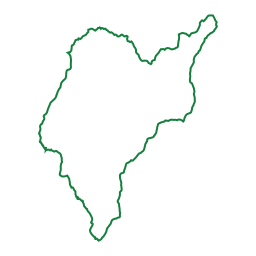 the district of Salento, Quindío, Colombia
{"feature_id": "7082276B37195114642514", "entity_name": "Salento", "entity_type": "district", "adm_level": 2, "iso_a3": "COL", "parent_name": "Colombia", "parent_adm1": "Quindío", "projection": "equal_earth", "projection_center": [-75.548, 4.594], "detail": "fine", "context": "isolated", "style": "outline", "palette": "green", "viewbox_px": 256, "rotation_deg": 0, "n_neighbors": 0, "source": "geoboundaries", "source_scale": "gbopen_adm2", "svg_char_len": 5645}
<svg xmlns="http://www.w3.org/2000/svg" viewBox="0 0 256 256"><path d="M39.1,133.2L39.5,133.5L39.3,134.0L39.4,134.3L39.7,134.6L40.0,135.7L40.2,136.0L40.2,136.4L40.5,136.6L40.5,137.1L40.7,137.5L40.8,138.0L40.4,139.3L40.3,140.8L39.8,141.5L40.0,142.1L40.5,142.2L41.0,142.5L40.9,142.9L41.2,143.3L41.6,143.5L42.0,144.2L41.9,144.4L42.4,145.2L42.5,145.1L43.2,145.5L43.7,147.4L44.2,147.9L45.1,148.3L45.1,148.9L45.3,148.9L45.2,148.6L45.6,148.3L45.7,147.9L45.9,147.9L45.7,150.3L46.0,149.9L46.8,150.0L47.9,149.6L48.9,149.7L49.9,150.3L50.2,150.4L50.7,150.2L51.1,149.7L51.5,150.3L52.1,150.5L54.3,151.6L55.1,151.2L56.0,151.0L56.6,151.1L57.2,151.5L57.7,152.1L58.5,152.5L60.1,153.6L60.6,154.3L61.1,155.6L61.2,156.6L61.8,158.1L61.7,160.5L62.0,161.5L62.0,162.1L61.3,163.3L60.9,164.7L60.7,166.5L60.8,169.7L59.8,173.6L59.8,174.9L61.4,176.1L62.3,176.5L64.8,176.4L67.3,175.6L69.2,178.9L69.7,182.0L69.9,183.2L70.0,184.5L70.3,185.5L71.0,186.5L71.5,187.7L72.6,187.4L73.0,187.6L74.2,190.0L74.8,190.8L75.4,191.3L75.5,194.2L76.3,196.8L77.2,196.8L78.3,197.6L78.3,198.1L77.3,198.4L77.3,198.7L77.8,199.0L79.8,199.1L80.3,199.4L81.1,200.4L81.7,200.7L82.4,200.6L82.7,200.8L82.9,201.2L82.8,201.3L82.4,201.0L82.2,201.2L83.2,202.8L83.7,203.9L84.2,206.4L85.3,207.2L85.5,207.5L85.8,208.4L87.0,208.9L87.4,210.3L87.7,211.0L89.5,213.0L90.3,214.3L91.8,217.5L92.1,218.6L92.2,219.9L91.1,222.4L91.4,223.0L92.3,223.3L92.8,224.1L92.1,225.9L90.9,228.0L90.0,230.0L90.2,231.7L91.3,233.7L92.8,235.5L93.5,236.1L93.9,236.7L94.9,237.0L95.1,237.6L95.2,238.8L95.4,239.0L95.7,239.0L96.4,238.6L97.2,238.9L97.5,239.1L97.8,239.9L98.3,240.2L98.6,240.6L100.7,239.6L101.3,239.0L102.3,237.4L102.9,237.0L103.8,236.0L105.4,233.5L106.3,231.6L107.0,228.6L110.7,223.7L111.7,220.8L112.4,219.8L114.9,218.7L115.9,218.7L117.4,217.8L119.4,217.3L119.9,216.8L119.9,214.1L120.1,212.7L119.7,211.3L119.6,208.6L119.1,205.6L119.1,204.2L118.9,203.6L117.8,202.1L117.7,201.4L117.9,200.3L119.0,198.4L119.9,195.2L119.9,192.2L120.6,191.3L121.2,190.9L121.7,189.7L121.4,186.5L121.1,185.1L121.3,183.7L121.3,182.8L120.1,178.4L119.9,175.7L120.1,174.7L120.8,173.7L122.1,173.0L123.3,172.7L123.9,172.3L124.2,170.3L125.0,168.3L126.0,164.6L126.5,163.5L127.4,162.9L128.3,162.7L129.6,161.7L130.3,161.4L131.2,160.2L132.0,160.6L132.8,160.6L135.6,157.8L138.9,153.6L141.0,152.8L141.4,152.2L142.9,151.2L143.6,150.4L144.3,148.7L145.4,144.0L145.9,143.2L146.4,142.0L147.1,141.5L147.2,139.6L147.5,139.0L149.0,138.2L150.5,138.0L153.3,137.1L153.7,136.6L154.0,135.8L154.5,135.4L155.9,133.3L156.5,131.7L156.6,130.3L157.1,128.6L157.2,127.2L158.2,124.0L159.0,123.4L161.9,122.1L164.5,121.5L165.3,120.5L168.5,120.9L169.8,120.1L171.1,119.7L172.0,119.7L173.1,119.9L175.8,119.8L177.1,120.3L178.2,119.6L180.3,119.6L181.5,120.1L183.2,121.5L183.8,120.8L184.7,117.6L185.7,115.6L186.2,114.9L187.0,114.2L190.6,112.7L191.0,112.4L191.9,109.6L192.2,107.6L192.5,106.8L193.5,105.2L193.6,104.4L194.7,102.2L194.8,101.3L194.8,99.8L194.6,96.9L193.8,94.2L194.5,91.3L194.1,89.8L194.0,88.7L192.2,83.9L191.7,83.2L190.3,82.3L190.0,81.2L189.9,80.1L190.0,78.4L190.3,76.5L190.0,73.4L190.5,71.0L190.6,68.3L193.8,62.5L193.8,59.3L194.5,56.9L196.7,54.0L198.0,53.1L198.9,51.0L199.8,50.4L200.1,50.1L201.4,45.9L202.8,43.6L204.2,41.7L204.4,41.0L204.8,38.9L205.1,38.4L205.6,38.1L206.4,38.0L206.7,37.2L207.8,35.5L209.2,34.5L210.5,33.2L211.8,32.8L214.2,30.9L214.2,30.4L214.4,30.1L216.0,28.0L216.9,26.3L216.2,25.4L216.1,24.4L216.2,23.5L216.7,22.3L215.4,20.5L214.3,18.0L212.9,15.5L210.4,15.4L208.6,15.6L208.1,15.9L205.3,19.5L203.7,21.2L202.5,20.4L202.0,20.4L201.7,20.6L200.0,22.6L199.8,23.4L199.9,25.1L198.8,27.9L197.2,31.1L195.6,32.3L191.3,33.4L189.3,36.3L189.0,36.2L188.5,35.4L187.5,35.0L186.2,33.8L183.3,33.1L182.3,33.0L181.6,33.2L178.8,34.4L179.1,36.9L179.1,38.6L178.4,41.9L178.3,43.6L178.0,44.8L178.0,46.2L177.7,46.9L177.1,47.5L176.0,47.8L174.9,48.7L173.8,48.8L172.1,49.4L171.3,49.3L169.2,48.3L167.5,48.0L166.0,48.5L164.7,49.8L163.9,49.2L163.2,49.0L162.0,49.3L161.1,49.1L159.9,50.6L159.1,52.2L155.8,56.0L155.1,57.9L154.7,60.0L153.3,60.3L152.3,60.8L151.8,61.7L151.5,63.6L150.9,64.1L148.6,63.0L147.4,61.2L146.9,60.9L145.2,60.6L142.2,60.9L141.5,60.5L140.4,59.3L139.1,56.8L138.6,54.9L136.5,53.0L136.1,52.3L136.0,49.9L135.7,49.0L135.2,48.0L134.2,46.7L133.8,45.8L133.0,43.8L131.6,41.6L131.4,41.4L130.7,41.9L130.0,42.0L129.5,41.8L129.2,41.4L127.9,41.2L127.6,40.8L127.3,40.1L127.1,38.5L127.7,36.8L127.4,36.3L127.0,36.0L126.3,35.8L125.2,36.4L124.3,36.4L122.6,35.0L121.8,34.6L120.9,35.0L119.7,36.1L119.1,36.4L118.6,36.5L117.8,36.4L117.3,36.1L116.7,35.2L116.1,34.8L115.2,34.6L114.4,35.0L113.3,33.7L111.5,32.3L110.3,32.6L109.8,32.5L109.2,31.9L108.4,31.4L107.5,30.4L106.2,29.8L105.7,28.9L105.4,28.7L104.9,28.7L104.0,29.0L103.5,28.9L102.6,28.1L102.0,28.0L101.7,28.1L100.9,28.8L100.6,28.2L99.7,27.4L98.9,28.0L98.0,28.0L97.1,29.3L96.1,29.7L95.7,30.4L95.4,30.6L94.9,30.5L93.7,29.6L91.9,28.7L90.9,28.8L88.9,29.6L88.3,29.7L88.3,31.6L88.1,32.2L87.3,32.9L86.3,34.3L85.6,35.0L82.7,36.4L81.4,38.2L80.9,38.5L80.4,39.0L78.6,38.4L78.3,39.6L77.7,39.4L76.3,40.0L75.6,40.1L73.8,44.2L73.2,44.9L72.3,45.2L71.8,45.8L71.7,46.3L71.7,47.5L71.5,48.6L71.5,49.7L71.1,50.8L70.3,51.9L69.8,52.3L68.6,52.4L67.8,52.7L68.7,53.3L70.4,55.9L70.8,58.1L71.0,60.2L70.8,64.3L70.9,67.1L70.8,68.0L70.1,69.1L69.0,69.6L67.8,69.8L67.1,70.3L66.7,70.9L66.3,72.5L66.1,76.2L65.7,77.9L65.3,78.7L62.9,80.9L61.5,82.6L61.1,83.6L60.4,87.3L59.0,89.2L57.7,91.7L56.7,94.8L56.5,95.5L56.3,95.5L56.2,96.3L55.5,97.8L54.9,98.6L50.6,102.6L47.9,109.2L47.0,112.4L45.7,114.2L44.5,114.9L43.9,115.6L43.7,116.5L44.3,118.0L44.3,119.1L42.9,121.4L42.1,123.7L40.9,124.4L40.3,125.5L40.0,126.4L40.4,128.5L40.4,129.8L39.1,133.2Z" fill="none" stroke="#15803d" stroke-width="2"/></svg>